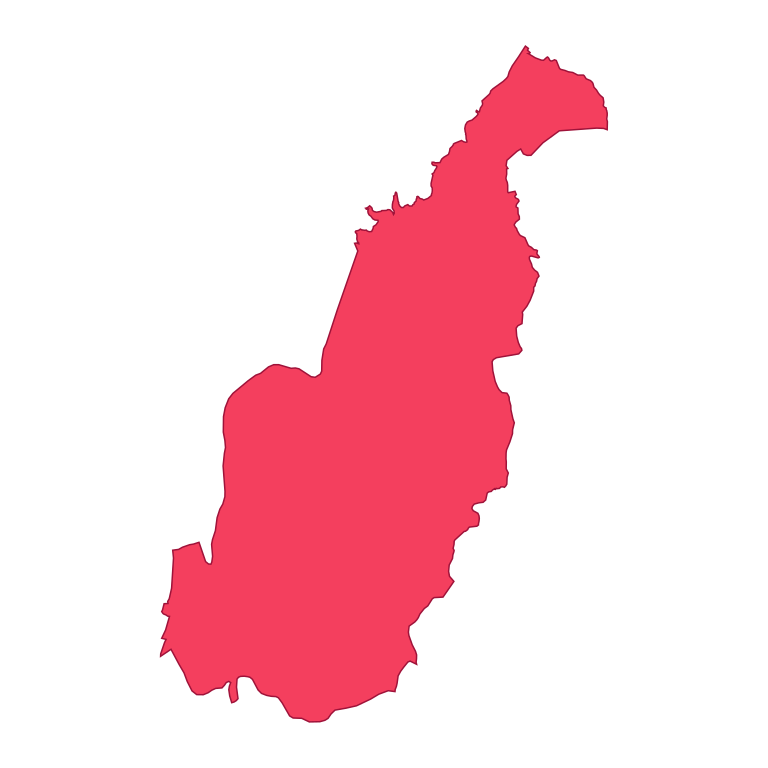 outline of Baile Herculane, Caras-Severin, Romania
{"feature_id": "2599482B76774341373778", "entity_name": "Baile Herculane", "entity_type": "district", "adm_level": 2, "iso_a3": "ROU", "parent_name": "Romania", "parent_adm1": "Caras-Severin", "projection": "albers", "projection_center": [22.46, 44.902], "detail": "fine", "context": "isolated", "style": "filled", "palette": "rose", "viewbox_px": 768, "rotation_deg": 0, "n_neighbors": 0, "source": "geoboundaries", "source_scale": "gbopen_adm2", "svg_char_len": 6088}
<svg xmlns="http://www.w3.org/2000/svg" viewBox="0 0 768 768"><path d="M395.0,691.6L395.2,689.5L396.4,686.4L397.1,683.2L398.1,675.9L400.7,671.2L403.6,667.3L407.9,662.0L410.1,661.1L416.6,664.3L416.1,662.2L416.5,658.9L416.6,654.9L415.5,651.3L412.2,644.8L408.9,635.5L408.4,632.1L409.1,626.1L414.9,621.9L416.9,619.7L418.3,617.6L419.9,614.0L424.3,608.5L427.8,605.9L432.3,598.8L434.1,597.6L443.0,597.1L453.9,581.4L449.5,576.3L448.6,571.4L449.2,565.0L452.5,558.5L452.9,554.8L453.9,551.7L454.1,550.4L453.1,548.4L454.0,544.5L454.2,541.3L454.8,540.0L464.1,531.5L465.6,531.2L467.7,529.6L468.2,528.3L469.3,527.1L476.9,526.2L478.5,524.9L478.4,524.1L479.0,521.3L479.3,518.5L479.0,515.8L477.9,513.3L473.2,510.7L471.9,508.5L472.4,506.4L474.2,504.1L478.9,502.8L483.1,502.3L485.7,500.0L487.2,493.1L488.6,491.9L491.3,491.4L492.4,490.1L494.6,488.7L494.7,489.3L495.4,489.4L496.3,488.4L496.9,488.7L499.5,488.4L500.7,487.0L503.0,486.8L504.4,487.3L505.7,486.0L506.8,484.2L507.1,477.3L508.3,473.0L506.2,468.9L506.3,461.9L506.0,459.0L506.1,452.9L506.5,450.0L509.9,441.8L512.5,433.7L512.6,429.8L514.3,422.8L512.9,418.8L510.9,409.7L510.8,405.7L509.3,400.3L509.1,397.1L508.2,395.2L506.9,393.2L502.0,392.6L499.1,389.7L497.5,386.9L495.2,381.4L492.8,370.8L492.1,361.8L493.3,359.6L496.5,357.7L518.7,353.9L521.9,350.3L521.5,348.5L520.1,346.7L518.3,342.4L516.7,336.1L516.1,328.2L517.9,325.7L522.0,323.6L522.7,314.5L522.3,312.1L526.9,306.2L530.1,300.3L533.7,291.1L533.7,287.3L535.0,285.9L535.5,283.2L536.5,281.5L537.1,278.6L539.0,276.1L537.5,272.3L534.5,270.0L532.3,267.3L531.5,263.9L529.5,259.4L529.3,257.7L529.6,256.6L530.2,256.2L531.7,256.1L538.1,257.9L539.3,257.4L539.1,256.6L537.1,254.2L536.9,253.2L537.4,250.7L536.6,250.1L533.8,249.6L531.4,247.3L528.9,246.0L528.0,244.8L524.9,237.7L520.5,235.6L519.4,234.5L517.2,230.6L516.5,228.3L515.5,227.4L514.3,225.2L514.3,224.4L515.9,222.0L519.4,219.2L519.3,216.5L518.1,213.8L517.9,208.0L516.1,206.9L516.1,205.9L516.6,204.3L519.0,201.1L518.7,200.0L518.0,199.1L515.9,198.1L514.8,196.7L515.0,195.9L516.3,194.6L515.0,191.3L508.3,192.7L507.7,191.9L507.7,185.3L507.3,182.4L506.3,180.1L505.9,178.2L506.7,174.1L506.6,168.9L507.9,168.5L506.1,165.7L506.9,160.3L517.0,151.3L520.7,149.0L523.4,153.9L527.1,155.4L531.0,155.3L542.9,142.8L559.3,130.8L596.7,128.1L603.6,128.4L607.2,129.7L607.4,121.6L606.7,119.0L607.2,115.3L607.2,113.1L606.7,110.5L606.2,109.5L606.1,107.9L604.6,107.3L603.3,105.8L603.8,102.1L603.1,97.8L600.2,95.3L598.5,93.3L596.5,90.0L594.0,87.3L592.9,83.3L592.2,82.2L590.5,80.6L586.2,78.8L584.1,75.6L583.4,75.1L577.8,75.1L572.8,72.5L568.4,71.8L565.1,70.5L560.5,69.3L559.4,68.2L556.3,60.5L554.5,59.8L552.2,60.9L551.0,61.0L549.9,60.4L548.6,58.0L547.6,57.0L546.7,57.4L543.5,60.3L541.3,60.1L535.4,57.9L528.3,53.6L529.5,53.5L530.1,52.6L527.5,50.2L528.4,48.4L525.4,46.1L518.6,56.7L512.3,65.8L509.2,71.9L507.9,76.5L506.4,78.4L503.2,81.4L492.9,88.8L490.7,91.0L490.1,93.2L489.1,94.5L482.0,100.9L482.6,103.5L482.4,105.1L480.4,108.0L479.4,111.8L478.1,111.5L476.6,110.4L476.1,111.1L476.2,112.0L477.8,113.1L477.9,114.5L476.2,116.5L472.0,120.1L469.2,121.0L467.2,122.1L465.5,124.9L464.8,128.5L465.2,131.7L465.8,133.7L465.6,134.3L466.0,135.4L466.2,139.0L466.9,140.9L466.9,142.0L465.8,142.3L463.7,141.8L461.5,140.5L454.3,143.4L453.4,144.1L453.3,144.9L452.1,146.5L450.0,148.5L449.5,151.5L448.5,154.4L443.7,157.3L441.7,159.1L440.0,162.6L435.1,162.8L433.9,162.2L432.1,162.2L431.9,163.8L433.2,165.3L436.5,165.8L436.9,166.5L436.5,167.9L434.7,170.7L434.0,172.6L432.1,174.0L432.9,175.2L431.1,183.3L431.1,186.0L432.2,187.9L432.3,190.8L432.0,193.0L431.4,194.4L431.4,195.5L427.9,198.4L423.7,200.0L422.4,199.1L419.9,198.5L418.3,196.6L417.5,196.4L416.9,196.7L416.8,198.6L416.3,199.0L416.1,201.0L414.3,202.6L414.2,203.9L412.9,204.6L412.0,206.0L409.4,206.0L407.8,204.6L404.8,205.9L403.3,207.5L401.4,207.5L399.8,206.0L398.6,203.6L398.7,202.5L398.1,201.3L396.7,193.1L395.9,192.2L395.3,192.9L394.9,195.3L393.6,196.1L393.8,197.3L393.6,199.8L393.4,200.8L393.0,201.3L392.4,204.4L392.3,207.5L392.5,208.5L394.1,211.0L394.2,212.2L394.3,213.2L393.5,214.5L392.7,212.4L389.9,209.8L387.9,209.6L386.5,210.4L381.7,210.6L381.1,211.3L376.5,212.2L373.7,211.4L372.4,210.2L372.2,208.8L371.7,207.6L369.7,205.8L367.4,207.7L365.7,208.2L366.2,208.6L366.3,209.2L368.5,209.0L367.9,210.5L367.9,211.6L368.1,213.0L369.1,214.9L370.9,216.2L372.8,218.8L374.9,220.0L378.0,220.3L378.2,221.6L376.0,224.8L373.4,226.5L373.1,228.4L371.6,231.5L369.2,231.7L367.2,231.0L366.4,230.1L364.6,230.3L361.5,229.8L360.4,229.1L358.6,230.4L355.8,231.0L355.3,231.8L355.6,232.8L356.7,233.5L357.0,236.1L356.8,239.0L357.6,241.8L358.7,242.9L358.8,243.8L356.4,243.0L354.6,243.3L357.8,251.0L337.4,309.6L326.2,344.0L323.7,348.9L321.9,360.3L321.7,371.2L320.3,374.1L315.2,377.3L311.1,376.7L299.0,368.8L295.4,368.0L291.1,368.3L278.8,364.7L273.7,364.7L268.5,366.9L260.5,373.4L255.7,375.2L248.3,380.6L232.9,393.4L228.7,398.8L225.2,407.7L223.5,416.6L223.3,432.1L224.9,440.5L225.5,447.6L224.4,453.2L223.1,466.0L225.0,491.2L224.9,496.7L222.8,504.1L219.9,509.1L217.1,517.7L215.4,530.7L212.5,539.6L211.6,544.3L212.6,556.3L211.8,562.1L210.9,564.2L208.5,564.0L205.6,561.6L199.0,542.3L193.4,544.1L189.7,544.7L182.5,547.2L178.6,549.4L172.7,550.2L173.5,558.1L171.6,588.2L169.5,597.6L169.1,599.0L167.7,601.4L168.0,603.5L164.1,603.7L162.5,610.0L161.7,611.6L163.0,613.5L164.0,614.2L165.7,614.8L167.8,616.2L169.5,616.4L165.6,630.0L161.7,638.3L166.1,639.4L164.6,642.4L160.7,653.8L160.6,656.3L171.0,649.3L179.2,664.6L184.0,672.8L187.3,681.6L192.0,690.9L196.7,694.6L203.3,694.7L208.2,692.7L211.8,690.2L215.7,688.4L222.0,687.9L224.4,685.3L226.3,682.5L228.8,681.4L230.7,682.6L229.4,686.1L228.8,689.7L229.7,695.9L231.7,702.7L234.1,702.0L236.3,700.6L238.0,698.7L236.5,687.1L237.0,679.4L237.2,678.8L238.6,677.2L240.5,676.4L244.2,676.2L247.8,676.7L250.0,677.3L252.5,679.4L258.1,690.0L261.5,693.4L266.7,695.4L271.3,696.3L276.0,696.6L278.4,697.8L282.1,702.8L289.6,715.9L293.1,718.0L301.7,718.3L309.3,721.9L319.9,721.7L324.9,720.3L328.0,718.4L331.1,713.9L335.0,710.1L345.8,708.2L356.5,705.8L370.6,699.1L378.8,694.2L388.2,690.7L395.0,691.6Z" fill="#f43f5e" stroke="#9f1239" stroke-width="1.5"/></svg>